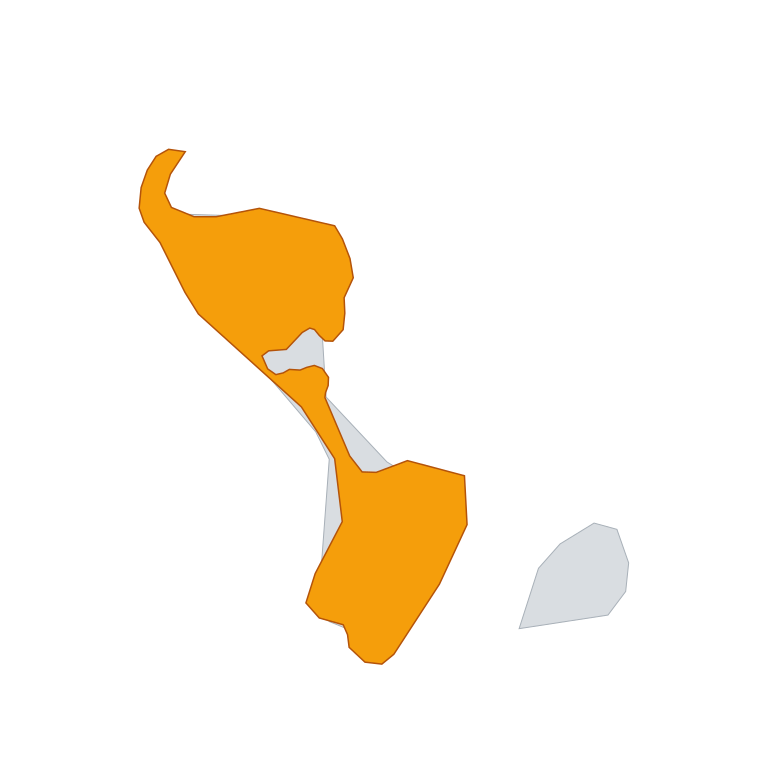 Miquelon-Langlade on a map of Saint Pierre and Miquelon (Natural Earth projection), rotated 337°
{"feature_id": "SPM-4867", "entity_name": "Miquelon-Langlade", "entity_type": "Commune", "adm_level": 1, "iso_a3": "SPM", "parent_name": "Saint Pierre and Miquelon", "parent_adm1": "", "projection": "natural_earth1", "projection_center": [-56.329, 46.961], "detail": "fine", "context": "in_parent", "style": "filled", "palette": "amber", "viewbox_px": 768, "rotation_deg": 337, "n_neighbors": 0, "source": "natural_earth", "source_scale": "10m", "svg_char_len": 1286}
<svg xmlns="http://www.w3.org/2000/svg" viewBox="0 0 768 768"><g transform="rotate(337 384 384)"><path d="M383.8,551.7L277.8,618.5L240.7,581.2L249.8,537.6L304.2,431.9L302.5,401.5L238.2,197.0L249.1,163.7L265.2,149.1L359.1,192.3L370.0,247.9L325.6,373.4L356.2,456.8L397.9,516.9L383.8,551.7ZM525.4,669.4L499.9,684.2L412.8,662.0L454.2,614.0L483.6,600.0L523.0,594.1L541.6,608.8L539.3,644.3L525.4,669.4Z" fill="#d9dde1" stroke="#a8b0b8" stroke-width="1"/><path d="M375.6,463.7L422.2,499.9L405.5,545.9L356.8,589.9L287.5,636.6L272.6,641.0L257.8,632.6L249.0,612.8L252.5,600.5L252.4,589.7L233.0,574.1L226.6,555.0L246.6,531.6L291.8,494.4L309.4,433.5L299.0,372.8L240.5,247.0L236.6,222.0L233.1,166.3L226.4,141.4L227.3,126.5L237.2,108.3L249.7,94.6L263.2,85.4L277.4,83.8L291.8,92.5L269.3,107.4L256.7,122.6L257.3,138.4L274.5,155.8L294.7,164.4L337.9,173.6L400.4,219.1L402.4,234.2L401.7,255.3L397.2,274.2L381.0,289.0L375.6,303.5L367.6,318.0L353.6,324.6L346.6,321.3L343.4,314.0L341.3,306.7L337.5,303.5L328.9,304.6L307.6,314.0L290.8,308.4L282.7,310.4L282.8,324.6L288.1,333.1L295.5,334.4L302.6,333.6L312.2,338.4L319.4,338.5L327.1,339.7L333.3,345.7L335.5,356.2L332.0,363.6L326.9,369.0L324.3,373.4L324.3,436.9L329.5,456.4L342.3,462.3L375.6,463.7Z" fill="#f59e0b" stroke="#b45309" stroke-width="1.5"/></g></svg>